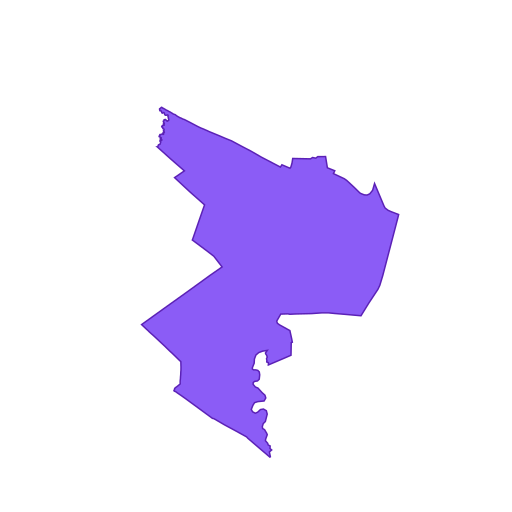 outline of Scrioastea, Teleorman, Romania, rotated 237°
{"feature_id": "2599482B90968840278359", "entity_name": "Scrioastea", "entity_type": "district", "adm_level": 2, "iso_a3": "ROU", "parent_name": "Romania", "parent_adm1": "Teleorman", "projection": "mercator", "projection_center": [25.003, 44.171], "detail": "fine", "context": "isolated", "style": "filled", "palette": "violet", "viewbox_px": 512, "rotation_deg": 237, "n_neighbors": 0, "source": "geoboundaries", "source_scale": "gbopen_adm2", "svg_char_len": 5668}
<svg xmlns="http://www.w3.org/2000/svg" viewBox="0 0 512 512"><g transform="rotate(237 256 256)"><path d="M165.0,290.6L159.2,298.1L148.7,311.5L155.0,324.8L161.7,340.2L164.0,343.9L170.5,351.6L210.8,395.8L213.1,398.2L219.7,393.4L222.5,391.6L226.0,390.4L228.3,390.6L252.2,394.9L247.6,389.6L246.2,385.4L246.6,382.4L248.3,380.1L251.4,377.9L252.5,377.4L260.2,375.7L270.1,373.2L272.8,372.1L282.9,365.8L284.6,368.5L291.1,363.9L301.5,368.5L305.7,361.9L305.5,359.4L307.8,357.1L307.8,354.6L317.8,339.9L314.5,337.0L311.7,333.8L311.1,332.3L318.4,327.4L317.3,324.9L335.9,314.4L346.5,309.0L355.0,304.2L365.9,298.2L371.6,294.2L376.7,290.8L385.8,284.5L388.1,283.1L389.2,282.3L390.2,281.7L391.1,281.1L393.5,279.4L395.8,278.0L397.0,277.3L402.2,274.4L404.0,273.4L409.4,270.3L409.9,269.9L410.1,269.8L410.3,269.5L410.9,269.1L411.9,268.6L412.7,268.1L413.7,267.3L413.9,267.2L414.3,267.1L415.1,266.6L415.5,266.4L416.8,265.8L417.4,265.6L418.3,265.3L418.7,265.1L418.9,265.0L419.2,264.7L419.6,264.3L419.9,264.1L420.5,263.8L421.3,263.5L422.4,262.9L423.2,262.6L424.7,261.7L425.3,261.4L426.1,261.0L427.5,260.1L428.0,259.9L429.1,259.4L429.5,259.1L430.2,258.9L430.5,258.6L430.6,258.4L430.8,258.3L431.3,258.2L432.1,257.9L432.2,257.7L432.2,257.4L432.0,256.6L431.9,256.3L431.9,256.1L432.0,255.8L432.0,255.5L431.9,255.2L431.6,255.0L431.1,255.0L430.9,254.9L430.8,254.7L430.5,254.6L430.2,254.5L429.9,254.8L429.7,255.0L429.4,255.4L429.1,255.4L428.5,255.4L427.8,255.1L427.3,255.1L427.0,255.1L426.8,255.3L426.7,255.5L426.8,255.9L426.8,256.2L426.8,256.4L426.6,256.7L426.5,256.8L426.3,256.9L426.1,256.9L425.2,256.7L424.4,256.5L424.1,256.5L423.8,256.5L423.6,256.6L423.3,256.8L422.9,257.5L422.6,258.3L422.5,258.6L422.4,258.8L422.2,258.9L421.9,258.9L421.6,258.8L421.5,258.7L421.3,258.6L421.2,258.3L420.9,258.1L420.7,258.0L420.0,258.0L419.9,257.9L419.5,257.6L419.3,257.5L418.6,257.4L417.8,257.0L417.6,256.9L417.4,256.7L417.3,256.2L417.4,255.9L417.4,255.5L417.3,255.3L417.3,255.1L417.4,254.9L417.6,254.8L417.8,254.8L418.1,254.9L418.3,254.9L418.6,254.7L418.9,254.5L419.1,254.4L419.4,254.5L419.8,254.4L420.0,254.2L420.1,253.7L420.2,253.4L420.2,252.9L419.8,252.8L419.6,252.7L419.5,252.3L419.6,251.7L419.4,251.5L418.4,251.3L417.8,251.4L417.5,251.4L417.3,251.4L417.1,251.3L417.1,251.1L417.1,250.9L417.3,250.5L417.3,250.3L417.2,250.2L416.8,250.1L416.7,250.2L416.3,250.4L416.1,250.5L415.9,250.5L415.8,250.3L415.7,250.2L415.9,249.4L416.0,249.2L416.3,248.8L416.4,248.6L416.4,248.4L416.2,248.1L416.0,247.6L415.9,247.4L415.7,247.3L415.4,247.3L415.1,247.7L414.8,247.7L414.3,247.7L413.6,247.3L413.4,247.3L412.8,247.8L412.6,247.9L412.4,247.9L412.1,247.8L411.8,247.6L411.7,247.5L411.6,246.8L411.5,246.6L411.4,246.5L411.1,246.5L410.7,246.6L410.2,246.7L409.8,246.6L409.7,246.5L409.6,246.3L409.6,246.2L409.8,245.9L410.0,245.7L410.1,245.4L410.0,245.2L409.9,245.2L409.3,245.2L408.8,245.1L408.6,245.0L408.5,244.8L408.5,244.6L408.5,244.4L408.7,244.2L409.2,244.1L409.4,244.0L409.4,243.9L409.5,243.5L409.5,243.4L409.6,243.2L409.7,242.6L409.7,242.3L409.7,242.2L410.1,241.8L410.2,241.6L410.1,241.4L409.5,241.1L409.4,240.4L409.3,240.0L409.2,239.9L408.8,239.8L408.7,239.9L408.6,240.1L408.6,240.3L408.3,240.4L407.6,240.2L407.3,240.3L407.0,240.8L406.8,240.9L406.6,240.9L406.4,240.7L406.5,240.3L406.5,240.0L406.5,239.6L406.4,239.4L406.2,239.3L405.9,239.3L405.7,239.4L405.3,240.0L405.0,240.3L404.9,240.3L404.7,240.3L404.5,240.2L404.4,239.9L404.4,239.6L404.5,239.3L404.9,238.6L405.0,238.3L405.0,238.2L404.9,238.1L404.7,238.0L404.3,238.0L403.9,238.2L403.7,238.2L403.4,238.1L403.2,237.9L402.9,237.5L402.2,236.7L402.0,236.4L402.0,236.2L402.0,235.9L402.2,235.7L402.3,235.1L402.3,234.7L402.1,234.3L402.0,234.1L401.7,234.0L401.4,233.6L401.2,233.3L401.1,233.1L401.1,232.9L401.3,232.6L383.5,237.4L366.4,242.3L366.1,230.4L346.1,235.4L326.9,240.7L317.9,229.1L304.4,211.8L304.1,211.3L288.1,217.2L278.8,220.5L265.3,221.6L264.8,206.6L263.4,179.2L262.1,150.1L260.8,122.7L254.6,124.2L251.5,125.0L251.2,125.0L249.6,125.4L248.9,125.6L247.7,125.9L246.4,126.3L243.7,127.0L239.3,128.1L235.2,129.1L229.6,130.5L227.7,130.9L222.8,132.0L220.6,132.6L216.3,133.6L209.5,135.1L208.8,135.4L208.3,135.4L205.2,133.5L203.7,132.6L201.0,130.8L199.6,129.7L197.3,128.1L195.8,126.9L194.4,125.9L192.7,124.5L191.4,123.6L190.7,123.2L190.3,123.0L190.1,122.8L190.0,122.6L189.9,122.4L189.9,122.0L189.8,121.1L189.7,120.2L189.6,119.3L189.5,118.2L189.5,117.1L189.4,116.9L189.4,116.3L189.3,115.8L189.2,115.6L189.0,115.4L188.7,115.2L188.3,114.8L188.2,114.4L187.9,113.9L187.7,113.8L187.1,113.9L186.8,114.1L186.4,114.5L186.0,114.7L185.5,114.9L184.9,115.2L184.4,115.3L180.1,117.1L174.8,119.2L145.0,130.5L143.6,131.0L142.5,132.1L131.6,137.6L121.0,143.4L109.4,149.6L107.5,149.9L88.5,155.5L79.8,158.1L79.8,158.7L84.4,160.5L84.8,163.5L86.9,162.9L89.0,164.4L90.9,163.3L92.5,163.8L95.9,163.3L97.2,164.4L100.0,168.1L101.4,168.4L105.7,168.6L107.7,167.6L109.5,168.4L111.5,170.8L112.1,173.7L117.3,179.3L120.6,180.4L123.6,178.9L124.8,176.1L124.1,172.3L124.5,169.8L127.2,168.3L129.9,168.5L132.4,172.0L133.8,174.9L132.9,178.2L130.0,183.8L131.6,186.9L134.4,187.7L138.1,186.7L144.2,185.7L146.5,184.1L150.0,183.7L151.4,184.8L151.6,186.5L150.4,189.2L150.9,191.6L154.3,194.4L157.0,195.6L159.1,195.2L160.7,193.7L161.8,192.0L163.1,191.4L164.2,192.0L167.1,196.1L170.5,198.6L173.0,202.0L173.5,205.7L172.6,209.7L170.7,214.1L169.5,211.1L168.5,210.8L167.2,210.9L165.1,210.4L164.2,208.9L162.2,208.1L161.8,207.6L161.1,207.3L160.4,208.0L159.8,208.3L157.9,207.0L155.2,222.5L153.7,231.3L164.2,238.4L163.9,239.5L167.3,240.9L175.0,243.8L185.5,238.2L188.0,237.3L190.1,237.9L193.8,245.1L190.2,251.1L188.7,252.7L185.9,257.5L177.4,271.3L172.6,280.0L168.7,286.0L165.0,290.6Z" fill="#8b5cf6" stroke="#5b21b6" stroke-width="1.5"/></g></svg>